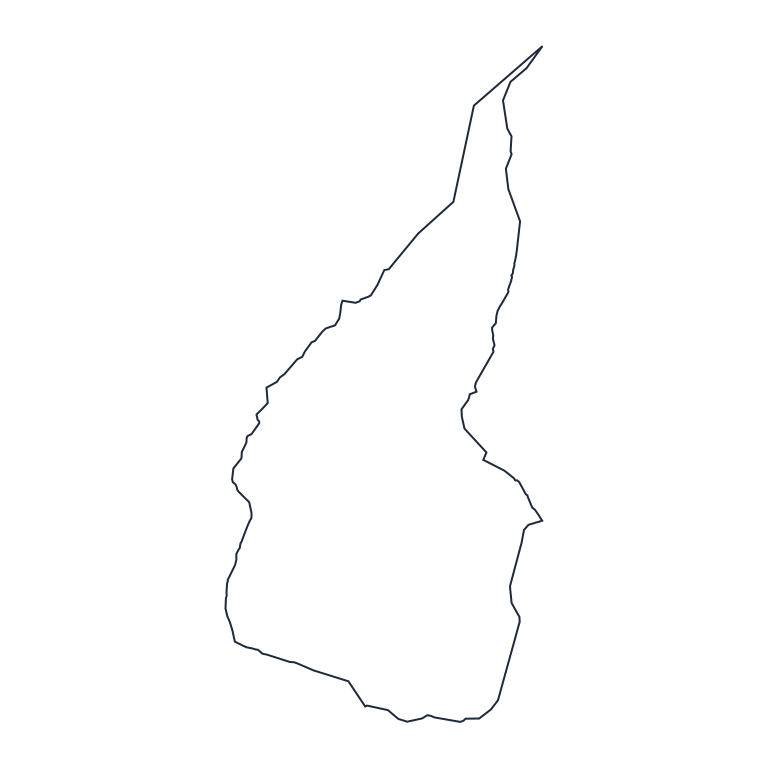 San Francisco Huehuetlán, Puebla, Mexico
{"feature_id": "50627088B76288874941262", "entity_name": "San Francisco Huehuetlán", "entity_type": "district", "adm_level": 2, "iso_a3": "MEX", "parent_name": "Mexico", "parent_adm1": "Puebla", "projection": "orthographic", "projection_center": [-96.935, 18.204], "detail": "fine", "context": "isolated", "style": "outline", "palette": "slate", "viewbox_px": 768, "rotation_deg": 0, "n_neighbors": 0, "source": "geoboundaries", "source_scale": "gbopen_adm2", "svg_char_len": 2884}
<svg xmlns="http://www.w3.org/2000/svg" viewBox="0 0 768 768"><path d="M498.0,700.2L515.3,637.7L518.3,626.7L519.7,621.9L519.4,616.7L518.5,615.3L511.6,603.0L511.2,598.9L510.2,588.8L510.0,586.2L511.3,581.4L514.2,570.4L517.2,559.2L519.6,550.1L521.7,542.4L522.1,539.9L523.5,532.6L524.0,529.9L527.0,526.5L528.5,524.8L542.2,520.7L537.8,513.9L537.6,513.5L534.8,509.6L532.2,507.6L530.9,504.4L528.5,498.6L527.9,497.2L527.4,495.3L525.7,494.2L522.6,488.3L519.2,482.1L517.3,480.4L516.4,480.4L515.3,480.4L514.0,478.3L504.3,470.6L501.1,469.0L483.3,459.9L485.7,454.2L486.4,452.4L479.3,444.7L469.0,433.5L464.5,428.6L462.6,420.2L461.9,417.0L461.8,415.9L461.5,409.3L463.3,406.8L468.1,400.1L469.2,397.1L469.7,394.3L473.4,392.9L476.5,391.7L474.9,386.5L476.0,382.4L478.3,378.3L483.2,369.7L486.8,363.5L490.7,356.6L493.0,352.6L493.5,351.6L492.8,348.9L493.8,346.8L494.5,345.2L492.9,338.7L493.0,338.4L493.2,335.3L492.7,332.7L492.1,329.8L492.1,327.5L495.8,323.3L496.2,318.6L496.4,316.0L496.5,315.4L497.7,310.6L498.2,309.8L499.1,308.0L500.0,306.2L501.0,304.8L501.6,303.8L501.8,303.4L502.1,303.0L503.0,301.4L504.5,298.8L507.5,293.7L508.4,291.8L508.1,289.7L509.4,285.6L509.8,284.6L510.1,283.9L511.0,281.3L511.7,278.5L511.9,277.7L511.9,276.4L511.4,275.4L512.5,274.1L513.0,272.2L513.0,271.3L513.2,269.8L514.2,266.3L514.5,265.5L514.3,263.7L515.3,259.7L515.4,259.0L516.2,255.0L516.2,254.8L516.3,253.7L516.9,249.9L517.6,243.4L519.6,225.6L520.1,221.4L508.3,189.0L505.9,168.6L511.6,154.3L510.6,151.3L511.5,136.3L507.3,128.6L503.0,100.4L510.5,81.8L526.5,68.2L542.5,46.1L473.9,105.6L453.4,201.8L418.2,233.5L393.2,263.8L388.8,269.2L384.3,270.1L377.5,284.8L371.0,295.2L368.7,296.6L360.7,299.5L359.6,301.3L355.6,302.8L342.5,300.7L341.1,305.1L340.2,313.6L339.2,318.6L335.0,325.4L330.5,326.8L325.7,328.5L322.3,331.7L315.0,340.9L311.6,342.3L304.9,351.5L302.2,356.9L297.2,359.3L284.3,374.3L279.9,377.4L277.0,381.8L266.5,387.6L267.7,403.1L261.6,409.5L256.5,414.5L257.6,419.8L259.2,421.4L259.3,423.1L258.7,424.0L251.5,434.1L247.5,436.1L246.7,437.6L246.4,442.5L243.9,447.8L241.8,452.0L241.5,458.0L241.0,458.9L233.4,468.4L232.1,479.4L232.9,482.3L235.4,484.3L236.5,486.5L237.0,488.7L237.3,489.7L238.5,491.6L249.2,502.2L251.5,512.9L251.5,516.8L251.2,518.7L250.0,520.3L247.7,525.5L243.8,535.6L241.3,542.2L240.5,543.3L239.7,548.2L238.8,549.2L236.3,554.0L236.4,559.5L235.1,565.0L227.7,580.0L227.8,580.8L227.0,583.9L226.5,592.9L226.7,595.6L225.9,598.6L225.5,608.6L226.5,612.9L227.3,616.2L229.8,622.0L232.4,630.3L234.3,639.3L234.9,641.7L240.4,644.4L243.6,646.0L246.6,647.3L252.6,648.5L255.4,649.4L258.0,649.8L262.4,653.7L266.8,654.6L289.6,661.9L294.2,662.3L296.6,663.1L313.5,670.4L348.4,681.3L365.2,706.5L367.0,705.6L387.9,710.1L398.3,718.9L407.2,721.7L422.2,718.4L427.4,715.2L430.9,715.9L434.4,717.4L440.7,718.5L460.3,721.9L463.5,720.7L465.5,718.7L479.2,718.5L491.0,709.4L498.0,700.2Z" fill="none" stroke="#1e293b" stroke-width="2"/></svg>